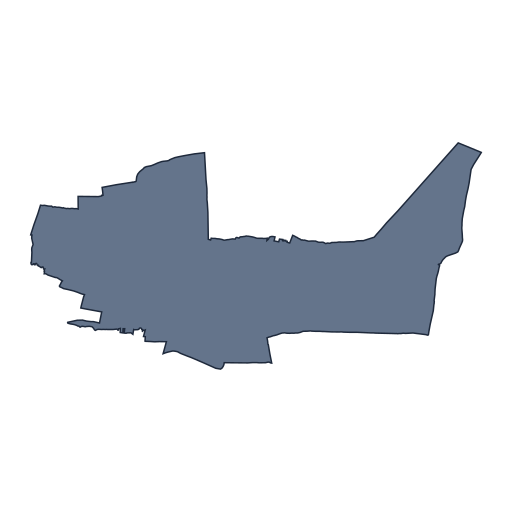 the district of Grecesti, Dolj, Romania
{"feature_id": "2599482B64081840241941", "entity_name": "Grecesti", "entity_type": "district", "adm_level": 2, "iso_a3": "ROU", "parent_name": "Romania", "parent_adm1": "Dolj", "projection": "orthographic", "projection_center": [23.262, 44.454], "detail": "fine", "context": "isolated", "style": "filled", "palette": "slate", "viewbox_px": 512, "rotation_deg": 0, "n_neighbors": 0, "source": "geoboundaries", "source_scale": "gbopen_adm2", "svg_char_len": 5937}
<svg xmlns="http://www.w3.org/2000/svg" viewBox="0 0 512 512"><path d="M265.6,362.7L268.1,362.1L269.3,362.2L270.5,362.9L271.7,363.1L269.9,354.1L268.3,344.6L267.9,344.2L267.6,340.9L267.0,337.8L268.8,337.1L270.3,336.8L273.3,335.7L274.1,335.6L276.8,334.9L278.6,334.2L279.5,333.9L280.3,333.6L281.9,333.1L282.5,333.0L283.3,333.0L284.3,332.8L286.8,333.2L289.5,333.3L292.2,333.1L292.9,333.2L294.0,333.2L295.4,333.0L297.7,333.0L300.3,332.4L303.0,331.3L307.1,331.2L310.6,330.9L311.4,331.1L315.4,331.3L319.8,331.3L322.3,331.5L323.8,331.5L331.6,331.9L339.5,332.0L340.4,331.9L341.9,331.9L343.0,332.1L349.4,332.3L357.0,332.3L370.6,332.9L373.5,332.9L374.2,333.0L375.8,333.1L392.9,333.5L395.9,333.6L396.3,333.5L397.2,333.7L400.1,333.5L401.0,333.6L401.7,333.4L403.4,333.2L405.5,333.4L413.0,333.0L415.9,333.4L419.4,333.8L424.8,334.5L425.7,334.6L427.4,335.1L428.0,335.1L428.4,334.7L428.9,331.5L430.2,324.3L433.3,310.7L433.9,304.6L434.1,303.8L434.3,301.3L434.1,300.7L434.9,294.3L434.9,293.0L435.1,288.9L435.9,282.1L436.3,278.6L436.9,276.1L437.7,273.6L438.3,271.3L439.1,267.4L439.6,265.8L439.6,265.5L439.5,265.3L438.4,264.6L438.4,264.4L438.5,264.3L440.2,263.8L440.9,263.2L441.7,261.5L443.0,259.6L445.7,256.8L447.6,255.8L449.0,255.3L455.5,253.1L457.8,251.9L458.5,250.6L459.5,247.9L461.9,242.6L462.5,241.0L462.6,239.5L462.4,237.7L462.3,235.0L461.8,228.4L461.8,227.7L462.0,225.3L462.0,223.0L462.3,218.6L463.8,210.3L464.7,206.7L465.5,200.5L466.4,195.4L468.0,188.7L469.1,183.1L471.1,169.4L473.6,164.6L481.0,153.0L481.3,152.4L458.2,142.9L397.9,210.8L386.7,222.7L381.2,229.2L376.7,234.2L374.2,237.2L363.3,240.7L361.8,240.7L357.4,240.8L356.4,241.0L354.2,241.7L352.6,241.7L343.2,242.1L339.0,242.0L336.5,242.4L331.7,242.5L329.9,243.3L328.0,243.1L327.3,243.1L325.9,243.5L325.5,243.5L323.9,242.6L322.9,242.2L321.6,242.2L320.1,242.3L318.4,242.2L315.6,241.1L312.0,241.0L308.6,241.2L304.5,240.1L303.2,240.2L302.3,239.9L301.5,240.0L301.2,239.9L299.9,239.0L298.4,238.4L297.8,237.9L296.8,237.3L295.8,236.9L294.7,236.2L292.7,235.3L289.7,243.0L288.2,242.6L287.0,242.1L287.2,241.3L285.4,241.0L285.6,240.4L283.8,240.2L283.7,240.8L283.1,240.9L283.1,240.5L282.6,240.4L282.8,239.5L279.5,239.1L278.7,241.8L274.1,240.9L275.0,236.9L272.9,236.5L271.5,236.5L270.5,236.7L269.8,237.0L269.4,237.3L269.1,237.6L268.5,239.1L268.0,239.6L266.9,240.5L267.2,238.2L265.8,238.4L263.4,238.5L262.4,238.3L257.9,238.3L256.7,238.2L254.7,237.5L252.9,237.0L251.3,236.7L248.3,236.2L247.6,236.2L246.1,236.0L245.1,236.4L244.5,236.5L244.3,236.4L242.7,236.7L240.2,236.9L239.0,238.1L237.0,237.5L236.4,237.5L236.0,237.7L235.6,238.3L235.2,239.1L232.5,238.9L230.1,239.3L228.6,239.6L227.8,239.6L225.0,240.1L224.0,240.2L222.1,239.5L219.1,238.9L217.2,238.8L215.0,238.4L212.6,238.4L211.2,238.2L210.6,240.0L208.3,239.3L207.9,212.3L207.3,202.7L206.9,199.3L207.0,197.0L206.9,195.4L207.0,193.1L206.9,188.4L206.0,179.6L204.5,152.7L194.2,153.9L185.1,155.5L178.9,156.7L174.9,157.6L171.4,159.0L169.6,159.8L169.1,160.3L168.3,160.6L167.1,160.9L163.3,161.3L161.6,161.6L157.6,163.0L154.5,164.4L151.3,165.7L146.1,166.7L145.1,167.3L144.4,167.4L143.7,168.3L143.0,169.0L142.1,169.7L139.7,171.7L137.9,173.9L137.5,174.7L136.7,176.8L136.2,181.0L135.9,181.4L135.7,181.6L133.4,182.1L132.9,182.4L132.5,182.1L131.3,182.4L116.4,184.7L102.1,187.4L102.6,191.1L103.0,195.2L101.7,195.3L101.7,195.9L100.5,196.2L98.3,196.6L78.1,196.4L78.1,199.4L78.2,209.0L76.4,208.6L74.5,208.7L73.1,208.5L71.9,208.4L70.6,208.5L70.0,208.7L67.6,208.4L66.5,208.6L64.8,208.2L64.1,208.1L63.3,207.7L62.4,208.0L61.2,207.6L58.7,207.2L58.0,207.3L56.5,207.2L54.9,206.8L52.9,207.1L52.6,207.0L52.0,206.4L51.5,206.1L50.1,206.2L47.9,206.0L46.1,205.6L44.3,205.3L42.5,205.5L40.5,205.2L37.9,213.6L33.9,224.8L30.7,234.9L32.0,235.1L31.8,236.0L31.7,238.2L33.1,244.5L31.8,247.9L31.7,249.4L31.9,252.4L31.5,261.0L31.4,262.3L31.0,262.4L31.0,263.5L31.3,264.3L31.5,264.5L32.0,264.8L32.8,264.4L33.4,263.8L33.7,263.7L34.0,263.8L34.2,264.5L34.3,264.7L34.8,264.8L35.2,264.7L35.2,263.9L35.4,263.7L36.1,263.4L36.6,263.5L36.8,263.9L37.1,264.8L37.3,265.1L37.9,265.1L38.2,265.2L38.2,265.8L38.3,266.0L38.7,266.0L39.4,266.4L40.4,267.1L40.8,267.4L41.2,267.6L41.6,267.5L42.1,267.0L43.1,267.1L43.4,267.9L43.6,269.0L44.0,269.2L44.7,269.0L44.1,271.2L44.5,271.4L44.2,273.8L45.3,273.7L46.3,274.0L47.1,274.5L47.5,274.8L48.1,275.1L55.3,277.5L56.1,277.5L57.2,277.8L60.1,279.6L62.4,280.9L61.4,282.1L60.7,283.7L59.4,286.0L59.5,286.4L59.8,286.8L62.3,287.9L63.5,288.6L67.8,289.5L73.5,290.9L77.6,292.3L80.8,293.6L82.3,294.1L84.5,294.6L83.6,296.9L81.2,306.2L80.8,308.0L85.3,308.9L101.7,311.9L99.5,323.0L93.3,321.6L91.0,321.6L86.6,321.1L82.5,320.1L78.7,320.2L77.4,320.2L67.7,322.3L67.6,322.7L67.7,323.0L68.2,323.3L70.3,323.9L73.0,324.3L75.1,324.8L76.7,325.4L77.3,325.7L77.7,326.0L78.7,326.1L79.2,326.4L79.9,327.1L80.4,327.1L81.0,326.6L82.1,326.3L84.0,326.5L85.1,326.8L86.4,326.5L88.0,326.4L89.1,326.3L90.0,326.4L91.8,326.7L92.4,327.0L92.7,327.4L93.3,328.0L94.5,329.8L95.1,330.3L95.4,330.4L97.1,329.5L98.6,329.3L100.3,329.4L101.4,329.5L103.4,329.4L105.3,329.5L106.6,329.4L107.4,329.5L109.7,329.5L110.9,329.5L113.1,329.5L116.6,329.1L117.3,329.4L118.0,330.2L118.3,330.1L118.5,328.8L120.3,328.4L120.2,332.5L122.8,332.9L123.1,328.7L124.7,328.7L124.3,332.1L123.9,333.0L125.1,333.2L126.3,333.2L127.2,332.9L130.9,332.8L132.9,334.3L133.1,332.9L133.7,329.5L134.4,329.8L137.3,329.7L138.3,329.5L139.0,329.1L139.4,328.3L140.1,328.0L140.8,328.0L141.4,328.5L141.7,329.5L142.3,329.5L142.5,329.7L142.6,330.1L142.4,331.2L142.6,331.3L142.7,331.0L142.8,330.2L143.0,330.0L143.6,330.3L144.3,330.4L145.2,330.0L143.5,336.5L145.3,336.7L145.0,341.2L145.1,341.3L150.0,341.5L154.6,341.8L159.3,341.6L166.4,341.7L163.1,353.7L165.5,352.8L167.9,352.1L172.7,351.0L174.3,351.1L177.1,351.6L177.9,351.9L179.3,352.7L180.6,353.4L187.4,356.1L191.4,357.6L203.5,362.8L215.8,368.3L220.6,369.1L222.3,367.8L223.4,365.9L223.9,364.6L224.2,362.7L247.9,362.9L252.4,362.6L256.9,362.6L259.1,362.8L265.6,362.7Z" fill="#64748b" stroke="#1e293b" stroke-width="1.5"/></svg>